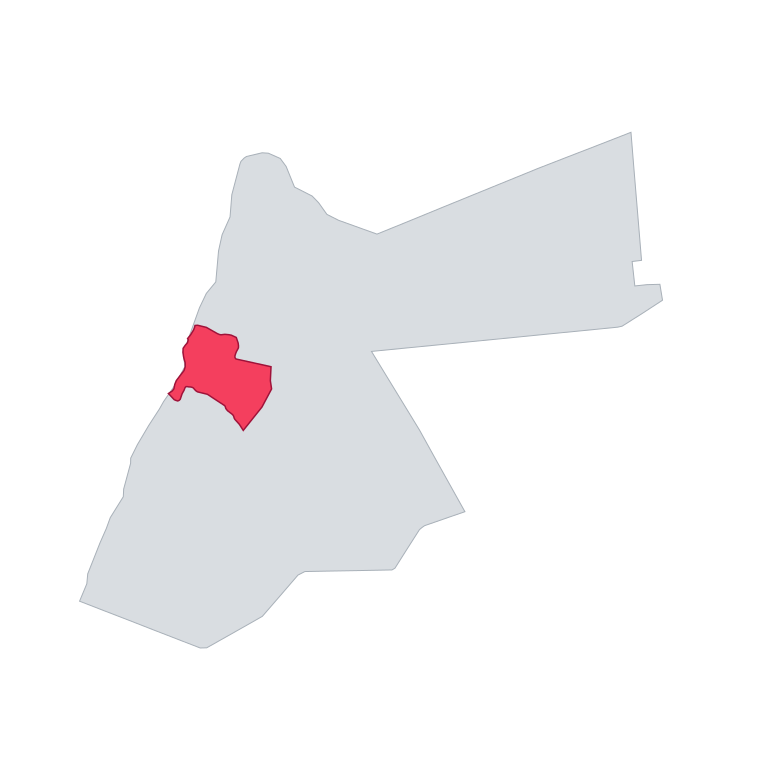 Jordan, with Karak highlighted, rotated 11°
{"feature_id": "JOR-859", "entity_name": "Karak", "entity_type": "Province", "adm_level": 1, "iso_a3": "JOR", "parent_name": "Jordan", "parent_adm1": "", "projection": "robinson", "projection_center": [35.641, 31.103], "detail": "fine", "context": "in_parent", "style": "filled", "palette": "rose", "viewbox_px": 768, "rotation_deg": 11, "n_neighbors": 0, "source": "natural_earth", "source_scale": "10m", "svg_char_len": 2283}
<svg xmlns="http://www.w3.org/2000/svg" viewBox="0 0 768 768"><g transform="rotate(11 384 384)"><path d="M226.4,179.5L239.1,182.4L246.4,189.1L258.6,207.8L277.6,213.2L285.2,218.5L295.6,228.4L308.3,232.0L348.5,238.2L380.4,217.4L407.3,199.7L437.9,179.7L458.7,166.1L494.2,142.9L517.5,128.2L548.2,108.9L578.4,89.8L587.1,120.9L595.7,151.4L604.6,182.9L613.2,213.5L604.2,216.4L611.5,239.9L623.2,236.3L635.8,233.5L641.4,248.6L624.1,265.4L606.7,281.8L602.6,283.6L579.9,290.4L533.3,304.3L502.0,313.7L462.1,325.6L428.9,335.5L396.0,345.3L365.5,354.4L383.0,373.6L409.8,402.9L427.7,422.5L448.8,447.7L467.7,470.1L487.8,493.9L473.8,502.0L450.9,515.3L448.6,517.7L446.6,520.2L437.2,544.0L429.9,562.7L427.3,565.0L395.1,571.9L362.6,578.8L342.1,583.2L336.0,588.0L322.7,611.3L308.9,635.3L285.9,655.0L260.3,676.8L253.9,678.2L235.4,674.9L203.7,669.2L173.0,663.6L152.1,659.9L126.6,655.3L130.4,636.8L129.4,626.9L135.5,594.3L139.0,578.8L140.8,567.4L149.6,544.4L148.5,536.8L150.4,510.2L149.5,505.1L153.5,490.6L161.0,469.5L168.3,451.4L171.0,443.3L178.5,426.1L185.2,405.0L181.6,393.4L180.6,391.2L183.3,377.9L183.2,377.8L186.5,356.1L188.3,344.5L192.3,329.0L199.4,315.9L196.2,285.0L196.6,268.4L201.0,249.4L198.5,227.2L200.6,195.6L201.1,192.7L203.6,188.9L205.6,186.9L220.2,180.3L226.4,179.5Z" fill="#d9dde1" stroke="#a8b0b8" stroke-width="1"/><path d="M174.2,434.5L177.4,431.3L178.7,428.8L178.7,424.3L179.5,420.2L185.1,409.0L185.6,405.0L184.8,401.1L183.0,397.6L181.8,394.8L180.6,391.2L180.0,387.3L181.5,383.9L183.2,381.0L183.4,377.9L182.5,376.9L184.7,372.8L186.8,367.2L187.3,364.0L187.3,362.6L189.8,361.9L198.8,362.3L210.7,366.3L213.0,366.8L214.6,366.8L218.3,365.6L222.3,365.2L224.8,365.2L230.1,366.5L233.0,371.6L233.9,374.3L234.2,376.2L233.9,377.4L233.0,380.2L232.6,382.2L232.3,385.0L232.7,386.6L233.9,387.7L269.8,388.6L271.8,402.4L274.6,410.3L268.6,429.9L254.7,456.4L249.6,451.1L244.5,447.3L243.6,446.3L242.4,444.1L241.4,443.1L240.2,442.4L235.9,440.3L234.4,439.2L233.3,438.1L232.8,437.1L232.4,436.3L231.6,435.6L212.6,427.8L202.4,427.3L200.7,426.6L199.1,425.5L197.7,424.3L196.4,423.9L194.9,423.8L192.8,424.1L191.3,424.1L190.1,424.4L189.4,425.5L188.9,428.4L187.7,432.0L186.9,437.8L186.1,439.1L184.8,440.0L182.7,439.8L181.0,439.4L175.1,435.1L174.2,434.5Z" fill="#f43f5e" stroke="#9f1239" stroke-width="1.5"/></g></svg>